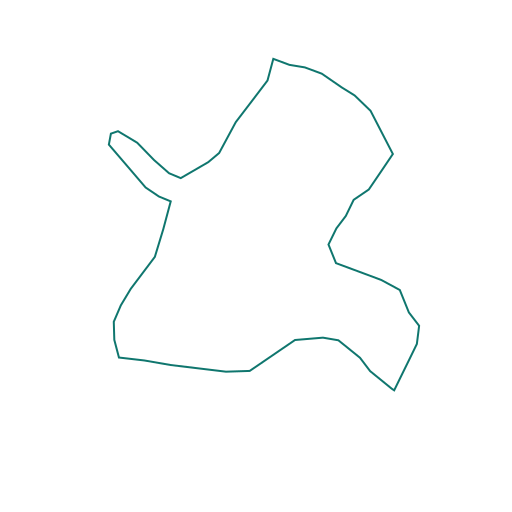 Kanggye City, Chagang-do, North Korea (Mercator projection), rotated 248°
{"feature_id": "82179303B59934044847437", "entity_name": "Kanggye City", "entity_type": "district", "adm_level": 2, "iso_a3": "PRK", "parent_name": "North Korea", "parent_adm1": "Chagang-do", "projection": "mercator", "projection_center": [126.593, 40.947], "detail": "fine", "context": "isolated", "style": "outline", "palette": "teal", "viewbox_px": 512, "rotation_deg": 248, "n_neighbors": 0, "source": "geoboundaries", "source_scale": "gbopen_adm2", "svg_char_len": 927}
<svg xmlns="http://www.w3.org/2000/svg" viewBox="0 0 512 512"><g transform="rotate(248 256 256)"><path d="M213.2,90.9L201.0,113.3L186.9,136.0L172.3,162.5L160.0,184.8L151.8,207.1L155.7,225.0L159.6,242.8L163.5,260.7L155.2,287.5L147.0,300.8L122.7,314.3L106.5,318.7L82.2,332.1L79.7,333.8L90.2,345.5L102.2,358.9L114.2,372.2L124.4,377.9L130.2,381.1L146.4,376.6L158.5,376.6L170.6,376.6L186.8,363.2L199.0,349.9L207.2,340.9L219.4,327.5L239.5,327.5L251.5,340.9L259.5,354.3L271.5,367.6L275.4,385.5L287.3,403.3L299.3,421.1L347.7,416.6L367.9,407.6L380.1,398.7L400.4,385.3L412.6,371.9L420.7,358.6L432.3,345.9L414.4,332.4L401.0,309.9L387.7,287.4L365.3,260.4L360.9,246.9L356.4,215.4L365.3,206.4L383.2,197.4L405.5,188.3L423.4,174.8L423.8,167.3L414.4,161.3L387.7,170.3L360.9,179.3L347.5,188.3L338.6,197.4L315.5,180.0L293.1,161.9L272.5,127.6L260.9,112.2L248.3,99.5L231.3,93.2L213.2,90.9Z" fill="none" stroke="#0f766e" stroke-width="2"/></g></svg>